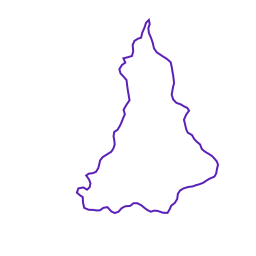 outline of Goiabeira, Minas Gerais, Brazil, rotated 159°
{"feature_id": "56859067B98239132971744", "entity_name": "Goiabeira", "entity_type": "district", "adm_level": 2, "iso_a3": "BRA", "parent_name": "Brazil", "parent_adm1": "Minas Gerais", "projection": "albers", "projection_center": [-41.236, -19.04], "detail": "fine", "context": "isolated", "style": "outline", "palette": "violet", "viewbox_px": 256, "rotation_deg": 159, "n_neighbors": 0, "source": "geoboundaries", "source_scale": "gbopen_adm2", "svg_char_len": 1659}
<svg xmlns="http://www.w3.org/2000/svg" viewBox="0 0 256 256"><g transform="rotate(159 128 128)"><path d="M69.8,221.4L73.4,219.8L76.8,215.6L80.6,211.8L83.4,207.6L86.8,207.8L90.8,207.0L93.9,203.8L95.7,197.6L98.5,193.8L102.4,194.1L107.3,194.7L107.1,190.0L111.1,189.0L115.0,186.0L115.4,181.6L113.4,176.7L112.2,173.2L113.3,169.0L114.5,163.9L115.6,158.5L116.6,153.4L121.7,149.8L125.6,146.6L126.0,142.0L129.1,138.8L132.9,134.7L135.3,132.5L138.4,130.1L142.3,129.2L144.4,125.6L145.3,121.1L146.3,117.4L149.1,114.0L152.2,111.8L156.4,111.0L162.1,109.9L165.7,107.7L167.6,104.8L170.1,101.2L173.7,98.5L177.3,98.5L180.9,99.4L184.0,98.7L182.8,93.6L182.9,89.8L185.0,86.5L188.3,85.1L191.0,88.5L195.9,89.4L198.9,86.0L197.0,82.5L195.0,79.7L196.7,74.6L197.5,69.2L194.1,65.8L190.0,64.1L186.9,62.3L183.7,61.2L179.7,62.3L175.6,61.5L173.5,56.1L170.9,53.4L167.0,53.2L162.7,55.4L158.7,55.9L153.8,54.5L149.9,55.8L146.5,54.6L143.3,51.2L141.1,47.2L139.1,44.2L136.7,41.7L132.9,41.4L129.8,39.8L125.8,36.4L121.5,34.6L118.1,37.3L115.4,40.0L111.1,41.3L107.5,44.1L105.0,48.7L101.8,51.0L97.9,51.7L93.1,51.4L88.7,50.3L85.4,50.3L81.7,49.9L77.5,49.9L73.7,50.8L69.5,51.5L64.8,51.6L62.0,53.9L59.6,57.9L57.1,61.5L57.1,65.0L58.2,68.3L59.7,71.9L62.2,75.3L64.6,78.3L66.6,81.9L66.6,86.8L68.7,90.5L70.1,93.8L70.8,98.5L73.9,102.3L74.1,106.1L73.4,111.0L72.8,115.7L68.9,119.6L64.8,122.3L65.5,125.6L67.7,127.8L70.3,131.2L73.8,134.1L75.6,138.5L75.3,143.4L73.4,146.6L71.6,149.6L68.9,153.4L67.7,158.1L66.9,161.4L66.3,164.7L65.3,169.4L64.6,174.1L66.9,178.5L70.2,182.9L74.1,188.4L75.2,193.2L74.4,198.3L74.2,203.6L74.4,209.4L73.2,214.0L70.5,217.2L69.8,221.4Z" fill="none" stroke="#5b21b6" stroke-width="2"/></g></svg>